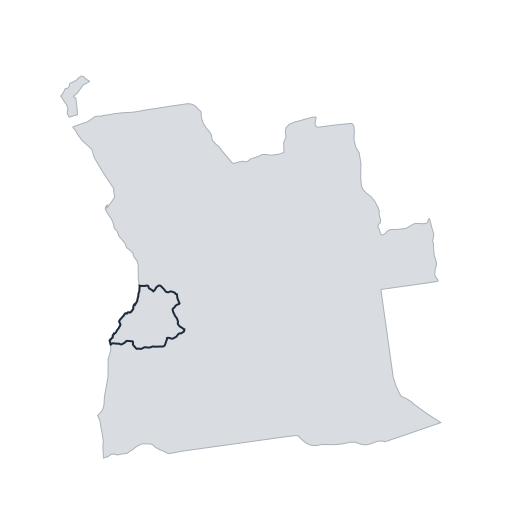 where Benguela sits in Angola, rotated 352°
{"feature_id": "AGO-1887", "entity_name": "Benguela", "entity_type": "Province", "adm_level": 1, "iso_a3": "AGO", "parent_name": "Angola", "parent_adm1": "", "projection": "mercator", "projection_center": [13.731, -12.811], "detail": "medium", "context": "in_parent", "style": "outline", "palette": "slate", "viewbox_px": 512, "rotation_deg": 352, "n_neighbors": 0, "source": "natural_earth", "source_scale": "10m", "svg_char_len": 5481}
<svg xmlns="http://www.w3.org/2000/svg" viewBox="0 0 512 512"><g transform="rotate(352 256 256)"><path d="M432.9,243.1L433.5,247.0L434.1,252.4L434.6,256.3L435.0,258.1L435.2,259.0L434.7,260.0L434.3,262.3L433.4,264.4L433.0,265.8L433.4,268.5L432.7,276.3L432.6,280.2L433.7,287.1L433.6,289.3L431.2,295.6L430.5,298.8L430.4,300.5L432.9,305.2L432.8,306.2L430.8,306.5L429.3,306.5L375.0,306.5L375.0,388.4L375.0,395.4L376.7,404.8L380.0,414.9L381.2,415.8L384.5,417.7L389.0,421.5L391.5,424.4L396.6,429.5L403.4,435.9L415.8,446.7L374.4,454.8L358.6,457.7L357.2,457.7L354.8,456.6L349.8,456.4L343.8,457.9L339.0,458.3L335.5,457.6L332.1,456.3L328.8,454.3L323.0,453.5L314.7,454.1L306.8,453.7L299.2,452.4L293.7,451.8L290.4,452.1L286.9,451.7L283.1,450.6L280.0,448.6L276.2,444.6L273.2,440.7L272.5,440.1L271.5,439.5L270.6,439.3L254.3,439.1L154.6,439.0L143.1,439.6L142.2,439.5L140.7,439.0L139.8,438.2L136.5,436.0L133.6,434.3L129.8,431.5L127.3,428.4L125.2,427.4L121.5,426.8L118.6,426.3L116.4,426.2L112.3,427.6L109.3,429.1L107.2,430.5L103.4,432.1L100.3,433.6L94.8,433.4L93.6,433.7L90.5,433.6L87.6,432.2L84.7,432.3L81.5,434.1L76.8,434.8L77.9,423.2L79.0,418.2L79.0,412.1L78.4,396.4L77.6,394.2L77.0,391.7L79.9,389.8L81.4,388.3L83.4,385.7L84.8,382.1L86.4,374.0L92.5,355.6L95.3,337.6L99.0,329.1L100.3,319.6L110.4,307.3L112.9,299.8L118.2,296.1L125.6,292.2L130.8,285.2L133.4,280.4L136.3,271.1L136.3,261.4L138.1,248.6L137.7,244.9L134.9,239.7L134.4,236.1L131.9,232.5L129.1,229.8L127.9,224.9L123.1,217.3L121.8,212.2L119.5,208.6L119.2,204.0L118.0,199.3L115.6,194.6L113.4,189.2L113.4,187.5L114.8,185.5L116.1,184.8L115.7,185.9L114.8,187.1L115.0,188.0L123.9,178.6L124.4,176.7L124.1,174.7L124.1,172.2L124.4,169.2L116.1,151.9L109.4,135.8L108.3,127.6L99.5,116.9L96.0,110.0L94.0,105.1L92.5,103.3L93.1,102.4L95.4,102.1L100.4,101.0L107.3,99.8L113.7,96.9L115.4,95.7L118.8,95.4L122.2,96.2L123.5,95.6L124.2,95.6L132.3,95.6L135.7,95.4L141.9,95.5L145.9,95.7L148.1,96.0L154.2,96.5L161.7,96.4L164.4,96.1L174.3,96.0L192.9,95.7L202.6,95.7L210.0,95.7L213.4,96.7L216.5,98.6L217.9,100.4L218.5,101.2L219.4,103.0L221.1,104.5L221.7,106.7L221.2,109.8L221.5,113.5L222.4,117.8L224.5,122.3L227.6,127.0L228.9,130.8L228.5,133.6L229.5,136.5L231.8,139.6L233.5,141.3L234.5,142.5L237.1,147.3L245.5,160.6L246.8,161.3L248.7,161.0L252.6,160.4L256.5,160.3L259.3,161.5L260.4,161.3L264.6,159.0L268.8,158.4L273.2,157.4L275.5,156.5L278.1,156.5L285.2,158.3L286.6,158.4L292.3,158.4L298.1,157.4L299.0,149.7L299.0,148.2L300.4,145.3L302.2,142.8L302.4,140.4L302.3,137.2L303.6,133.2L307.4,130.1L313.7,128.6L317.2,128.3L322.9,127.4L331.4,126.5L334.5,126.6L334.8,127.1L333.0,132.5L332.9,134.3L333.6,136.1L335.0,137.1L352.0,137.3L368.3,137.9L369.2,138.2L369.9,138.6L371.0,141.3L370.7,146.6L369.2,154.4L369.8,161.6L372.5,168.4L372.8,178.8L370.6,192.8L370.1,201.6L371.4,205.3L374.1,209.2L378.2,213.3L381.3,218.5L383.6,225.0L384.4,229.1L383.8,230.7L383.8,233.7L384.5,237.8L383.7,240.5L381.5,241.9L380.8,243.8L381.9,247.3L382.2,250.6L383.7,252.7L384.7,252.8L387.0,251.7L389.7,249.5L391.9,248.6L395.0,248.7L399.3,249.3L406.9,249.6L409.3,249.2L416.4,246.3L418.2,246.0L421.0,246.3L425.0,247.2L429.0,247.4L431.0,246.5L431.1,245.3L431.8,243.7L432.9,243.1ZM115.5,59.7L115.1,60.2L111.9,61.5L108.5,62.7L103.9,67.6L101.7,69.8L101.0,70.3L98.9,71.5L97.4,72.5L97.5,73.0L98.5,73.7L99.5,74.7L99.4,82.8L99.0,90.7L98.4,91.4L95.5,91.7L91.7,92.2L90.5,92.6L90.1,91.8L88.8,88.9L89.5,86.1L90.3,84.1L89.5,79.9L87.5,76.1L85.5,71.4L84.8,70.5L86.6,69.0L89.2,65.6L90.2,63.9L93.3,63.5L94.4,62.3L95.2,60.4L95.5,59.2L98.9,58.3L103.0,56.7L105.2,54.9L107.5,53.7L109.0,53.7L110.0,54.2L112.6,57.3L114.8,59.3L115.5,59.7Z" fill="#d9dde1" stroke="#a8b0b8" stroke-width="1"/><path d="M99.8,323.5L99.5,322.8L99.6,321.6L99.2,319.7L99.5,318.8L99.8,318.5L100.8,318.3L101.6,317.3L102.8,316.8L103.0,316.0L102.8,315.3L103.4,314.2L104.2,313.7L104.5,313.0L105.0,313.2L106.5,312.3L108.4,309.8L109.5,308.9L111.8,306.0L112.2,305.2L112.2,304.4L111.5,302.7L111.3,301.8L111.7,301.0L113.0,299.6L113.7,299.2L115.6,297.4L116.6,296.8L117.3,295.7L118.6,294.6L119.2,294.5L120.2,295.0L121.1,294.0L121.5,293.9L122.0,294.0L123.0,294.5L124.0,294.3L124.9,293.7L127.1,291.4L127.4,289.2L128.1,287.7L130.0,286.0L129.7,286.5L129.8,287.0L131.8,284.5L132.1,284.1L132.8,281.7L134.0,279.0L134.3,276.9L135.2,275.5L135.7,274.3L136.2,271.3L136.5,270.5L136.5,269.2L138.0,269.6L141.9,270.2L143.6,270.0L144.8,270.4L145.1,270.9L145.5,273.0L146.0,273.5L148.0,275.0L149.4,276.7L151.2,275.4L152.7,273.4L153.3,272.9L155.3,271.8L156.6,271.8L157.6,272.5L160.4,276.3L161.2,277.9L162.1,279.1L163.8,279.7L164.8,279.6L166.1,279.2L167.4,279.4L170.1,280.8L170.6,281.2L171.0,282.3L171.7,282.7L172.3,282.8L172.3,287.1L173.1,290.0L173.1,290.7L173.7,292.1L173.2,292.8L170.9,293.3L169.5,294.0L169.0,294.4L168.5,295.2L166.5,296.5L166.0,297.1L166.1,299.3L166.2,300.1L167.0,302.2L167.3,303.7L169.0,306.8L169.4,308.7L169.6,310.3L169.1,312.1L169.3,312.8L170.6,315.1L172.8,316.8L173.7,317.9L174.9,318.6L174.2,320.7L171.1,322.2L169.1,322.0L167.7,323.0L165.9,324.8L162.3,326.2L161.2,326.2L157.7,324.7L157.3,324.7L156.4,324.9L156.2,326.2L155.8,326.8L153.8,330.8L152.9,332.1L151.3,332.7L144.9,331.9L143.9,331.9L141.3,331.2L138.4,331.8L137.0,331.8L133.0,330.8L129.9,331.9L129.0,332.0L126.5,331.3L125.1,331.4L124.6,331.1L122.0,327.1L121.8,326.4L122.2,324.4L122.2,323.8L121.8,323.3L116.4,322.1L115.6,322.2L114.7,323.1L114.2,323.4L111.1,324.7L110.3,324.8L109.6,324.7L108.3,323.8L106.2,323.5L102.2,322.5L101.3,322.6L99.8,323.5Z" fill="none" stroke="#1e293b" stroke-width="2"/></g></svg>